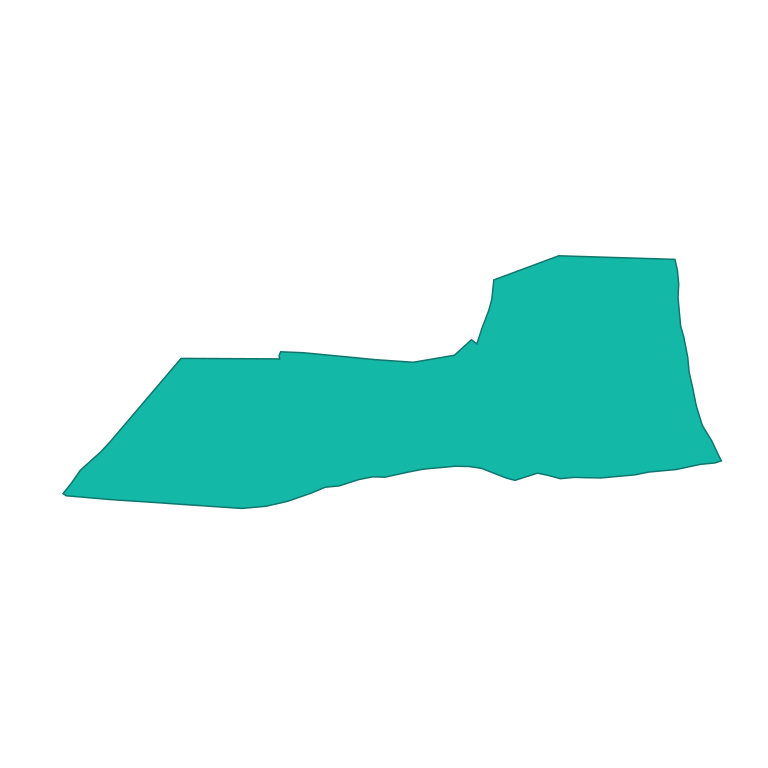 the district of Ondo East, Ondo, Nigeria, rotated 85°
{"feature_id": "59680162B42065071303183", "entity_name": "Ondo East", "entity_type": "district", "adm_level": 2, "iso_a3": "NGA", "parent_name": "Nigeria", "parent_adm1": "Ondo", "projection": "equal_earth", "projection_center": [4.956, 7.049], "detail": "fine", "context": "isolated", "style": "filled", "palette": "teal", "viewbox_px": 768, "rotation_deg": 85, "n_neighbors": 0, "source": "geoboundaries", "source_scale": "gbopen_adm2", "svg_char_len": 1167}
<svg xmlns="http://www.w3.org/2000/svg" viewBox="0 0 768 768"><g transform="rotate(85 384 384)"><path d="M340.8,583.9L417.9,662.1L426.9,672.1L437.5,686.1L443.6,694.2L455.7,704.2L465.3,713.4L467.7,710.1L475.1,667.7L495.6,536.3L495.5,512.1L492.4,490.0L486.3,465.8L481.7,451.7L481.6,437.6L477.0,417.4L475.5,403.3L476.9,391.2L473.8,367.0L472.3,352.9L472.2,345.0L472.2,338.8L472.2,328.8L472.1,320.6L473.6,306.5L476.5,294.3L482.5,282.2L488.5,270.0L491.4,261.9L486.2,238.9L489.2,228.8L493.7,216.6L493.6,202.5L494.7,193.0L496.5,176.3L496.4,154.1L496.4,142.0L494.8,127.8L494.7,111.7L494.7,100.6L491.6,75.4L491.5,61.3L490.0,54.6L486.1,56.2L474.5,60.5L469.5,62.3L456.3,68.9L453.0,70.5L433.5,74.7L431.3,75.0L413.9,76.9L398.9,79.0L383.9,79.1L362.8,81.3L352.3,83.4L340.2,83.5L332.7,83.5L323.7,83.6L310.2,81.7L296.6,81.8L289.6,82.7L285.8,83.2L285.2,83.3L281.7,112.8L281.4,115.2L279.6,130.5L271.5,198.7L272.6,202.7L289.7,264.9L289.8,265.5L309.4,269.3L310.3,269.7L320.0,273.3L323.9,275.2L336.5,281.3L352.1,288.0L347.5,293.0L361.5,311.4L364.9,353.0L359.0,390.4L345.8,461.6L342.9,484.2L346.5,486.0L349.9,485.7L340.8,583.9Z" fill="#14b8a6" stroke="#0f766e" stroke-width="1.5"/></g></svg>